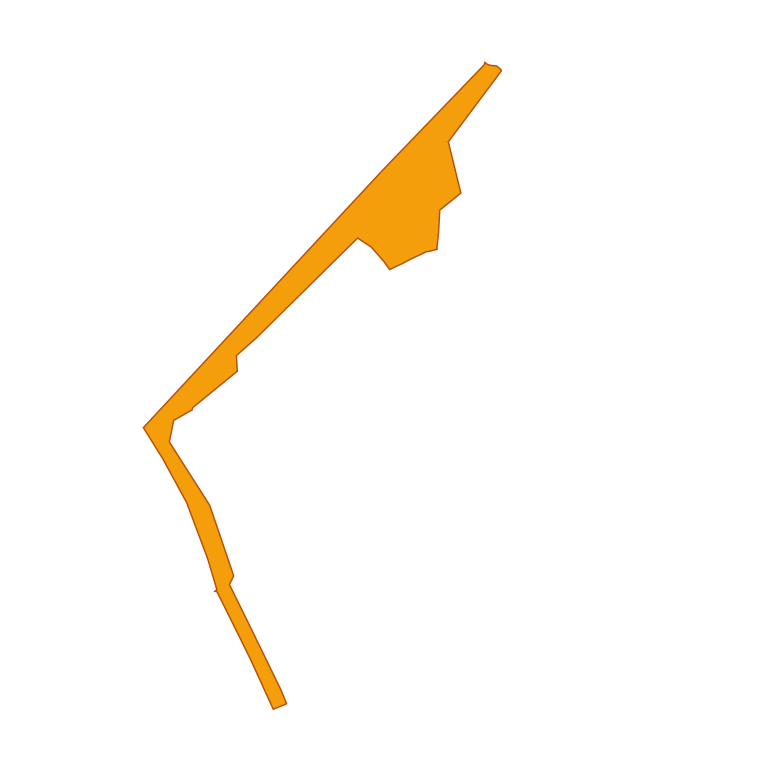 John Compton Highway, Castries, Saint Lucia (Robinson projection), rotated 330°
{"feature_id": "8701671B24659660179823", "entity_name": "John Compton Highway", "entity_type": "district", "adm_level": 2, "iso_a3": "LCA", "parent_name": "Saint Lucia", "parent_adm1": "Castries", "projection": "robinson", "projection_center": [-60.989, 14.019], "detail": "fine", "context": "isolated", "style": "filled", "palette": "amber", "viewbox_px": 768, "rotation_deg": 330, "n_neighbors": 0, "source": "geoboundaries", "source_scale": "gbopen_adm2", "svg_char_len": 939}
<svg xmlns="http://www.w3.org/2000/svg" viewBox="0 0 768 768"><g transform="rotate(330 384 384)"><path d="M125.5,610.3L138.7,612.1L139.8,612.1L141.8,597.5L147.0,523.7L149.9,480.4L155.0,477.0L157.9,475.0L164.6,441.4L172.4,401.8L169.8,342.5L169.2,326.8L183.6,310.4L202.8,310.4L204.7,310.6L205.5,309.9L206.6,308.8L253.3,301.2L263.3,299.6L264.0,298.3L270.4,285.6L296.3,280.3L310.4,276.7L316.7,275.0L434.1,244.4L441.5,259.2L445.2,278.2L445.7,283.1L446.1,287.7L447.3,287.8L451.2,288.1L454.1,288.3L461.2,288.9L469.4,289.2L486.4,290.6L490.6,292.0L497.4,293.9L497.8,292.7L507.3,279.6L519.2,261.3L546.0,257.1L560.8,206.4L642.2,171.5L642.5,170.1L642.1,169.3L640.7,165.1L634.5,160.4L633.3,158.8L632.2,155.9L630.3,157.7L489.9,198.1L153.8,301.5L155.0,338.3L153.8,387.9L143.9,447.4L136.4,478.6L133.9,478.9L134.7,479.7L135.5,480.4L131.9,537.7L130.7,555.4L128.8,576.2L126.9,595.1L125.5,610.3Z" fill="#f59e0b" stroke="#b45309" stroke-width="1.5"/></g></svg>